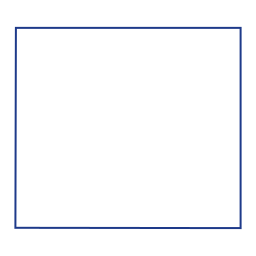 Floyd, Iowa, United States of America
{"feature_id": "52423323B81223341239547", "entity_name": "Floyd", "entity_type": "district", "adm_level": 2, "iso_a3": "USA", "parent_name": "United States of America", "parent_adm1": "Iowa", "projection": "mercator", "projection_center": [-92.836, 43.06], "detail": "fine", "context": "isolated", "style": "outline", "palette": "blue", "viewbox_px": 256, "rotation_deg": 0, "n_neighbors": 0, "source": "geoboundaries", "source_scale": "gbopen_adm2", "svg_char_len": 181}
<svg xmlns="http://www.w3.org/2000/svg" viewBox="0 0 256 256"><path d="M15.9,27.9L15.4,227.8L240.6,228.1L240.6,27.9L15.9,27.9Z" fill="none" stroke="#1e3a8a" stroke-width="2"/></svg>